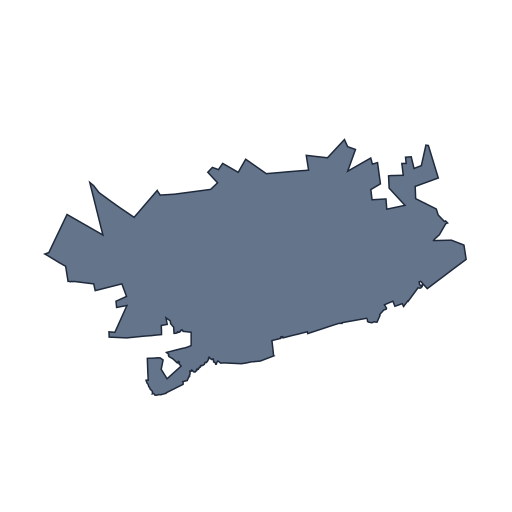 the district of Cusihuiriachi, Chihuahua, Mexico, rotated 166°
{"feature_id": "50627088B62303278534016", "entity_name": "Cusihuiriachi", "entity_type": "district", "adm_level": 2, "iso_a3": "MEX", "parent_name": "Mexico", "parent_adm1": "Chihuahua", "projection": "mercator", "projection_center": [-106.822, 28.208], "detail": "fine", "context": "isolated", "style": "filled", "palette": "slate", "viewbox_px": 512, "rotation_deg": 166, "n_neighbors": 0, "source": "geoboundaries", "source_scale": "gbopen_adm2", "svg_char_len": 5600}
<svg xmlns="http://www.w3.org/2000/svg" viewBox="0 0 512 512"><g transform="rotate(166 256 256)"><path d="M154.6,162.5L150.1,168.3L150.2,169.2L145.1,172.7L142.7,172.8L142.0,173.7L142.0,173.8L143.2,177.6L137.1,178.6L134.1,179.0L133.4,173.6L125.6,174.4L125.1,171.4L125.0,171.2L124.5,171.7L122.8,173.1L119.7,175.6L119.4,175.2L108.9,183.9L106.6,185.9L104.9,185.2L104.3,185.1L103.5,185.3L102.7,185.8L102.2,186.2L101.8,186.7L101.6,187.2L101.6,187.6L101.8,187.8L102.0,187.7L102.1,187.3L102.5,187.1L103.2,187.1L103.4,187.3L103.6,187.6L104.2,189.3L103.9,191.5L102.3,191.5L97.7,182.9L68.9,195.2L52.9,201.9L51.6,216.3L62.6,224.1L78.7,227.7L79.9,228.1L79.0,228.9L78.3,229.4L73.0,232.2L64.0,241.5L62.1,241.7L63.6,244.2L64.9,244.0L69.3,251.7L69.7,258.0L87.2,273.0L84.7,285.0L60.2,287.6L60.3,288.3L62.0,321.5L64.3,322.5L66.1,318.9L73.7,303.7L81.5,302.7L81.4,314.7L87.0,315.7L87.9,309.5L92.1,310.5L93.6,298.7L105.7,301.4L108.0,301.7L110.4,289.6L99.2,269.1L117.8,269.8L116.1,279.9L129.8,282.5L128.5,292.7L117.8,295.9L115.5,317.2L120.8,317.0L121.0,323.3L146.5,316.1L133.7,335.3L140.6,339.9L140.8,340.8L142.0,347.6L162.9,334.0L182.9,341.5L184.2,326.6L187.5,327.1L189.1,327.3L189.6,327.5L204.6,330.0L209.9,330.8L226.1,333.4L242.6,352.4L253.0,341.5L265.9,353.9L271.2,349.2L271.5,348.9L276.9,352.5L282.5,348.9L275.6,336.3L283.9,331.6L320.2,335.7L334.3,338.3L334.3,338.5L335.9,343.0L336.0,343.5L364.9,323.0L377.1,336.6L384.0,344.7L393.0,355.5L396.6,363.7L399.5,367.6L399.5,313.4L429.3,342.0L453.6,312.6L456.1,309.5L460.4,309.0L459.2,307.9L448.5,297.1L443.2,292.1L444.5,276.9L444.1,276.9L443.9,276.8L443.5,276.5L442.1,275.8L441.8,275.8L441.5,275.9L441.1,276.0L440.9,275.9L439.7,275.3L438.9,275.4L420.2,268.2L420.4,261.3L392.9,261.4L391.4,248.1L402.8,246.0L403.7,239.8L393.2,239.2L411.4,216.1L417.0,218.0L418.1,212.8L401.2,207.8L383.9,205.3L378.2,204.3L377.6,204.3L376.9,204.0L376.5,204.0L372.5,203.5L366.7,202.6L365.9,205.8L365.8,206.3L364.7,211.5L358.7,211.1L358.3,217.8L354.9,213.8L355.2,211.0L353.1,206.8L354.1,201.6L354.3,201.0L354.2,200.7L353.9,200.6L351.3,200.4L351.1,200.5L350.8,200.8L350.7,201.2L350.3,201.4L350.2,201.4L350.1,201.1L349.8,200.7L349.5,200.6L349.4,200.6L349.2,200.7L348.6,200.7L348.4,200.7L348.2,200.8L348.3,201.1L348.2,201.2L347.8,201.3L347.7,201.4L347.7,201.5L347.4,201.6L347.2,201.6L347.3,201.9L347.2,202.0L346.8,201.9L346.6,201.9L346.5,202.0L346.3,202.2L346.1,202.3L345.8,202.3L345.5,202.1L345.4,202.0L345.4,201.8L345.3,201.5L345.1,201.0L345.1,200.9L344.9,200.4L344.6,200.3L344.4,200.3L337.4,197.7L340.6,184.8L344.2,184.2L344.7,184.1L345.5,184.2L347.0,184.0L349.6,184.2L366.2,184.1L364.4,181.6L365.0,180.8L364.8,179.5L361.5,176.3L358.3,171.3L356.9,172.5L356.0,171.4L356.9,170.2L355.3,167.3L372.0,158.4L375.4,169.0L371.3,177.6L373.7,180.4L377.4,181.3L378.8,181.4L386.2,183.0L389.0,169.9L390.6,161.6L392.7,162.1L392.8,161.4L392.5,159.6L392.4,158.9L392.3,158.6L391.7,157.7L391.7,155.8L391.7,155.5L391.2,154.0L390.9,153.3L390.9,153.1L390.8,152.1L390.6,151.8L390.0,151.1L389.4,149.9L389.3,149.7L389.7,147.9L390.0,147.3L389.9,147.3L389.5,147.5L389.2,147.5L388.8,147.4L388.5,147.2L388.4,147.0L388.3,146.8L388.0,146.0L387.9,145.6L387.6,145.4L386.8,145.1L385.7,145.0L383.6,145.0L383.2,144.8L382.5,144.5L381.5,144.4L380.5,144.5L376.7,144.5L376.7,144.8L375.7,145.1L357.8,149.1L357.4,150.4L357.4,150.7L357.5,151.1L357.5,151.8L352.8,151.8L352.4,152.6L352.0,152.9L351.0,154.3L350.9,154.3L350.6,154.4L350.5,154.5L350.4,154.7L350.2,155.0L350.0,155.3L350.0,155.6L349.9,155.7L349.6,155.6L349.6,155.8L349.5,156.1L349.4,156.3L349.1,156.5L348.8,157.1L348.4,157.7L348.3,158.1L348.2,158.5L348.2,159.2L348.2,159.5L348.2,159.8L348.1,160.3L347.6,160.2L347.3,160.1L346.4,159.9L346.3,160.0L346.2,160.1L346.2,160.5L346.3,160.8L346.2,160.9L346.1,161.0L345.5,160.5L345.3,160.2L345.1,159.8L345.0,159.3L344.7,158.8L344.2,158.5L343.6,158.3L343.1,158.2L342.8,158.3L342.7,158.4L342.5,158.7L342.1,158.9L341.8,159.0L341.7,159.1L341.3,159.1L341.2,159.2L341.1,159.3L341.2,159.5L341.2,159.8L341.1,160.1L341.0,160.4L340.9,160.5L340.6,160.4L339.7,160.0L339.3,160.0L339.0,161.0L338.9,161.1L338.3,161.1L338.0,161.1L337.5,161.6L337.2,161.7L336.8,161.7L336.6,161.9L336.5,162.2L336.7,162.6L336.5,162.8L336.4,162.8L336.1,162.7L335.9,162.8L335.8,163.1L335.7,163.1L335.5,162.9L335.3,162.8L335.0,162.7L334.5,162.7L334.2,162.8L333.8,162.8L333.1,163.1L332.9,163.2L332.5,163.3L332.2,163.5L332.0,164.0L331.5,164.7L331.3,165.0L331.1,165.0L330.5,164.7L330.3,164.6L330.0,164.6L329.8,164.8L329.7,165.1L329.4,165.2L328.8,165.3L328.7,165.4L328.6,165.6L328.2,166.0L328.0,166.3L327.3,167.0L327.0,167.4L327.0,167.9L326.7,168.6L326.2,169.1L325.9,169.2L325.8,168.9L325.6,168.6L325.4,168.2L325.3,167.5L325.0,167.3L324.6,167.0L324.1,166.3L323.9,166.2L323.7,166.2L322.6,166.6L322.3,166.4L322.3,166.2L322.6,165.7L322.6,165.2L322.5,164.8L322.4,164.5L322.4,164.0L322.8,163.6L322.7,163.4L322.2,163.2L321.9,162.7L321.5,162.4L321.3,162.1L321.3,160.7L321.1,160.6L320.7,160.6L320.5,160.8L320.4,161.1L320.2,161.3L320.1,161.7L319.9,162.0L319.6,162.3L319.3,162.7L318.3,163.3L316.2,160.6L312.8,160.0L296.2,155.0L290.4,154.5L287.4,154.5L285.2,154.3L284.0,154.0L283.2,153.8L282.9,154.0L281.8,153.7L281.0,153.6L279.7,153.4L277.4,153.0L262.8,154.8L263.0,155.0L261.0,170.1L251.9,170.1L251.9,170.8L251.7,170.8L251.6,171.4L250.1,171.4L250.2,171.0L249.5,171.0L249.6,170.0L238.7,170.1L234.4,170.0L224.6,170.1L224.6,168.2L196.7,170.3L191.9,170.6L188.8,169.8L188.6,170.5L163.8,168.8L163.3,167.9L163.6,165.4L162.7,164.7L162.5,164.4L161.8,164.2L160.6,163.5L159.9,163.3L159.0,163.2L158.5,163.4L157.5,163.7L156.9,163.3L154.6,162.5Z" fill="#64748b" stroke="#1e293b" stroke-width="1.5"/></g></svg>